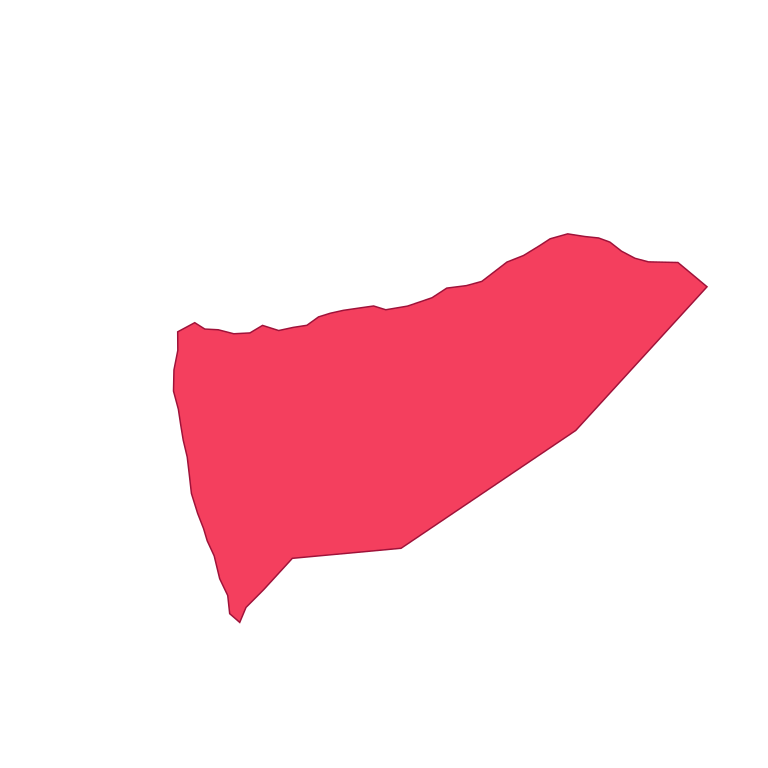 outline of São Miguel dos Milagres, Alagoas, Brazil, rotated 128°
{"feature_id": "56859067B37643170817280", "entity_name": "São Miguel dos Milagres", "entity_type": "district", "adm_level": 2, "iso_a3": "BRA", "parent_name": "Brazil", "parent_adm1": "Alagoas", "projection": "mercator", "projection_center": [-35.405, -9.238], "detail": "fine", "context": "isolated", "style": "filled", "palette": "rose", "viewbox_px": 768, "rotation_deg": 128, "n_neighbors": 0, "source": "geoboundaries", "source_scale": "gbopen_adm2", "svg_char_len": 867}
<svg xmlns="http://www.w3.org/2000/svg" viewBox="0 0 768 768"><g transform="rotate(128 384 384)"><path d="M469.9,578.7L484.4,567.2L502.2,558.2L519.2,545.5L530.5,530.5L541.3,519.1L551.9,507.6L562.7,494.1L574.8,482.1L588.8,468.4L600.7,451.2L609.0,437.2L616.4,426.8L624.0,412.0L638.6,393.6L646.9,376.9L660.0,364.2L660.7,350.9L645.0,355.2L620.1,352.2L577.8,348.9L502.9,269.4L302.5,204.3L108.5,189.3L107.3,227.2L117.4,240.7L125.0,250.9L130.4,263.6L133.1,278.6L133.1,293.3L136.8,304.8L144.0,316.3L152.6,331.7L167.3,342.5L178.7,346.4L196.9,353.2L212.2,362.2L242.9,370.1L255.7,379.6L269.8,393.6L286.5,399.3L308.2,413.5L324.4,428.3L328.9,440.2L337.7,448.7L351.0,461.4L361.3,469.9L371.4,476.9L385.2,480.9L395.3,490.4L406.7,499.9L412.6,515.8L426.3,521.1L436.9,533.3L443.3,548.0L451.0,559.0L452.2,570.9L469.9,578.7Z" fill="#f43f5e" stroke="#9f1239" stroke-width="1.5"/></g></svg>